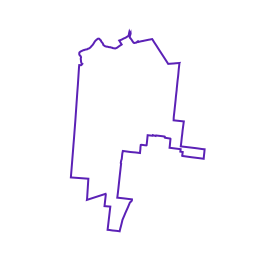 Alexandru Odobescu, Calarasi, Romania, rotated 160°
{"feature_id": "2599482B54929326220532", "entity_name": "Alexandru Odobescu", "entity_type": "district", "adm_level": 2, "iso_a3": "ROU", "parent_name": "Romania", "parent_adm1": "Calarasi", "projection": "orthographic", "projection_center": [27.086, 44.315], "detail": "fine", "context": "isolated", "style": "outline", "palette": "violet", "viewbox_px": 256, "rotation_deg": 160, "n_neighbors": 0, "source": "geoboundaries", "source_scale": "gbopen_adm2", "svg_char_len": 3888}
<svg xmlns="http://www.w3.org/2000/svg" viewBox="0 0 256 256"><g transform="rotate(160 128 128)"><path d="M93.8,217.9L94.4,217.0L94.6,216.6L95.0,216.0L95.5,215.1L95.9,214.5L98.4,213.9L99.2,213.7L100.3,213.6L101.3,213.6L102.0,213.5L103.2,213.3L103.9,213.2L104.9,213.2L106.3,213.2L106.2,212.8L106.1,212.1L105.8,210.5L105.4,208.6L106.2,208.4L107.3,208.2L109.1,207.7L110.7,207.2L112.0,207.1L112.8,207.1L113.0,207.2L115.0,208.3L115.4,208.7L115.4,208.8L116.9,209.8L117.0,210.0L118.1,210.4L119.6,211.5L120.2,211.7L120.9,212.2L121.5,212.6L121.8,213.0L122.7,214.3L122.8,214.7L122.7,215.7L122.8,216.3L123.0,216.9L123.3,217.7L123.5,218.3L123.6,218.9L123.5,219.5L123.8,220.1L124.2,220.6L124.4,221.6L125.5,222.2L126.2,222.1L128.4,221.3L129.5,220.7L132.0,218.7L133.4,217.8L134.2,217.5L135.5,216.7L136.6,216.3L137.4,216.1L137.9,216.1L138.4,216.2L139.1,216.0L139.6,215.9L140.2,216.1L142.0,216.3L142.6,216.2L143.0,216.4L144.2,216.3L146.4,216.1L147.6,215.7L148.2,215.1L148.4,214.3L148.6,213.9L148.6,213.5L148.5,213.3L148.5,212.7L148.4,212.5L148.0,211.9L147.9,210.6L148.7,209.3L148.9,208.6L149.0,207.9L149.2,207.3L149.4,206.5L149.5,205.9L149.5,204.8L149.5,204.7L149.4,204.4L149.3,204.0L149.1,203.8L150.1,203.2L150.4,203.2L150.6,203.1L150.8,203.2L151.0,203.2L151.2,203.3L152.3,203.8L153.1,202.2L160.3,185.8L163.2,179.4L174.8,153.3L182.4,136.5L185.3,130.2L185.6,129.5L195.7,107.4L198.6,101.1L182.6,93.9L190.7,75.4L191.2,74.5L171.6,73.8L171.6,73.1L176.8,62.6L171.5,60.2L182.0,39.3L181.8,39.2L180.5,38.6L177.6,37.0L175.9,36.2L173.8,35.2L172.1,34.3L171.5,34.0L171.2,33.8L170.8,34.4L170.4,35.0L169.4,36.5L168.6,37.6L167.8,38.8L166.9,40.1L164.6,43.6L161.5,46.9L159.5,49.1L155.3,53.4L151.8,57.2L151.5,57.4L150.1,57.9L149.6,58.2L149.1,58.7L148.9,59.0L148.7,59.6L151.3,60.9L156.2,63.4L161.9,66.2L160.2,69.5L157.9,74.1L152.9,84.3L146.8,96.6L146.7,96.7L146.8,97.1L146.8,97.3L146.7,97.7L145.4,99.9L145.1,100.3L144.8,100.6L144.5,101.0L142.3,105.5L141.7,106.6L141.4,106.9L140.8,108.1L140.7,108.2L135.8,105.6L133.7,104.5L132.0,103.7L129.6,102.6L128.2,101.9L125.3,100.4L124.3,102.5L123.6,103.9L122.9,105.6L121.8,107.7L121.7,107.7L121.3,107.7L119.7,106.9L119.1,106.6L118.4,106.2L117.6,105.8L116.8,105.4L116.7,105.4L116.4,105.5L115.0,108.3L113.5,111.4L112.0,114.5L107.5,112.3L107.1,112.8L104.7,111.0L104.2,111.4L97.9,108.2L96.6,107.5L96.4,107.3L96.4,107.1L96.4,106.9L96.7,106.4L96.6,106.2L91.9,103.6L91.8,103.4L91.8,103.2L92.6,101.6L94.8,97.0L95.7,95.2L85.8,90.1L86.9,87.9L84.8,86.7L86.6,83.3L86.6,83.2L78.5,78.9L71.2,75.2L67.4,73.2L66.0,76.2L64.6,79.0L63.3,81.8L65.6,82.9L69.5,85.0L72.6,86.6L84.7,92.7L82.7,96.6L80.4,101.3L79.2,103.6L77.5,107.1L73.3,115.1L82.5,119.6L81.8,121.4L81.5,122.1L80.7,123.8L80.0,125.2L79.2,126.8L78.1,129.0L76.6,132.1L76.0,133.3L73.7,138.0L72.2,141.2L69.3,147.0L68.6,148.6L67.9,150.0L66.8,152.3L65.3,155.4L63.3,159.3L62.2,161.6L60.2,165.9L59.1,168.1L58.0,170.3L57.5,171.4L57.4,171.5L58.6,171.8L59.6,172.1L61.0,172.5L63.0,173.0L64.0,173.3L67.2,174.2L68.3,174.5L69.0,177.6L70.0,182.0L71.8,189.7L72.5,192.8L72.6,193.2L73.0,195.1L74.2,200.1L74.6,202.2L74.9,203.3L76.2,203.5L77.1,203.6L77.9,203.8L81.4,204.3L83.4,204.6L83.7,204.6L83.8,204.6L84.0,204.7L84.5,204.7L84.7,204.8L85.3,204.9L86.1,205.0L87.7,205.2L89.0,205.3L89.0,205.5L89.0,205.9L89.0,206.1L89.3,206.1L89.9,205.8L90.6,205.6L90.8,205.5L91.0,205.5L91.3,205.4L91.5,205.5L92.0,205.6L92.6,205.7L93.0,205.7L93.2,205.8L93.3,205.9L93.4,206.1L93.6,206.4L93.7,206.5L93.8,207.0L94.0,207.6L94.1,208.1L94.2,208.3L94.2,208.6L94.4,209.5L94.5,209.9L94.7,210.5L94.9,211.0L95.0,211.4L95.0,211.6L95.2,211.8L95.3,212.0L95.4,212.3L95.4,212.5L95.2,212.9L95.1,213.2L95.0,213.4L94.8,213.6L94.3,214.5L93.8,214.9L93.7,215.2L93.6,215.5L93.2,215.9L93.1,216.3L93.2,216.2L93.4,216.1L93.5,216.0L93.7,215.9L94.1,215.7L94.3,215.6L94.4,215.8L94.2,216.2L94.1,216.7L94.0,216.9L93.9,217.2L93.9,217.5L93.8,217.8L93.8,217.9Z" fill="none" stroke="#5b21b6" stroke-width="2"/></g></svg>